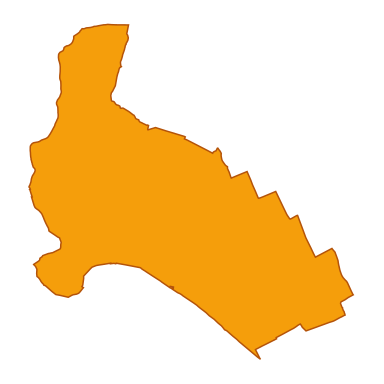 outline of Muntenii De Sus, Vaslui, Romania, rotated 181°
{"feature_id": "2599482B76397304697480", "entity_name": "Muntenii De Sus", "entity_type": "district", "adm_level": 2, "iso_a3": "ROU", "parent_name": "Romania", "parent_adm1": "Vaslui", "projection": "albers", "projection_center": [27.767, 46.691], "detail": "fine", "context": "isolated", "style": "filled", "palette": "amber", "viewbox_px": 384, "rotation_deg": 181, "n_neighbors": 0, "source": "geoboundaries", "source_scale": "gbopen_adm2", "svg_char_len": 5969}
<svg xmlns="http://www.w3.org/2000/svg" viewBox="0 0 384 384"><g transform="rotate(181 192 192)"><path d="M304.6,353.4L305.0,353.1L305.8,351.9L306.5,351.3L307.2,349.9L309.1,348.3L312.8,345.8L313.0,345.1L312.9,343.8L313.1,342.6L313.7,340.9L314.3,339.4L315.7,337.8L317.6,336.5L319.1,336.0L319.9,335.9L320.8,335.4L321.7,334.8L322.4,334.2L322.6,333.1L322.9,332.1L323.3,331.2L323.9,330.7L325.6,329.8L326.5,329.3L326.8,328.8L327.5,327.9L327.8,327.0L327.9,324.3L327.6,322.1L327.5,321.6L326.9,319.8L326.2,317.2L325.9,314.8L325.9,313.6L325.9,311.9L325.9,309.8L326.2,305.9L326.2,304.4L326.2,303.6L326.0,302.6L325.8,301.9L325.4,301.0L325.1,300.0L324.9,296.6L324.9,292.7L324.5,290.8L324.4,289.8L324.5,288.8L325.2,286.9L325.9,284.8L326.4,284.0L328.1,281.6L328.6,280.2L329.0,279.2L329.0,278.9L329.0,278.1L328.9,277.3L327.8,274.9L327.6,273.9L327.5,272.0L327.4,270.4L327.4,268.8L327.2,267.8L327.1,265.7L327.2,264.5L327.4,263.5L327.7,262.8L328.2,261.8L328.7,260.5L329.7,258.4L330.1,257.4L330.5,255.7L331.2,254.4L331.8,253.3L333.3,250.3L334.7,247.8L336.3,245.3L337.3,244.0L337.8,243.7L338.5,243.2L339.5,242.7L341.4,242.0L343.3,241.3L345.7,239.7L346.3,239.6L346.9,239.3L347.6,239.2L351.1,238.5L352.1,238.0L352.7,237.6L353.8,236.2L354.4,235.1L354.5,234.1L354.5,233.0L354.5,230.8L354.2,228.3L354.1,226.5L353.9,224.5L353.5,222.5L353.4,222.0L353.5,221.8L352.9,219.9L352.8,219.2L352.4,218.2L352.1,216.8L351.8,216.0L351.4,214.8L351.1,214.0L350.2,213.1L349.8,212.7L349.6,212.4L349.3,211.7L349.2,210.7L349.6,209.3L350.5,207.5L351.7,205.6L352.3,204.1L352.6,202.9L352.8,202.4L353.1,200.0L353.3,199.0L353.7,197.8L354.2,196.2L354.8,195.1L355.0,194.7L355.0,194.2L354.9,193.8L354.1,193.0L353.7,192.0L354.4,191.7L354.0,191.1L352.9,187.6L351.7,184.3L352.4,184.2L352.0,183.1L349.7,175.9L349.0,174.4L348.6,173.7L348.2,173.3L347.7,172.9L347.1,172.4L346.3,171.9L344.7,170.8L344.1,170.1L343.0,169.0L341.8,167.5L341.4,166.7L340.2,164.1L339.7,162.9L339.0,161.2L337.7,158.4L335.8,154.8L335.1,153.8L334.7,152.4L334.3,150.5L333.7,150.0L328.7,146.8L325.4,144.6L323.6,143.8L323.4,143.1L323.1,142.3L322.8,141.5L322.3,140.5L322.1,139.7L321.9,139.0L322.1,138.3L322.2,137.5L322.3,136.9L322.3,136.1L322.3,134.6L322.5,133.6L322.7,133.0L323.5,132.4L326.6,130.8L329.5,129.3L330.5,128.8L331.4,128.7L332.2,128.5L334.0,128.0L334.5,128.0L335.0,127.8L340.1,125.8L340.8,124.6L341.4,124.3L341.9,123.8L342.9,123.1L343.1,121.5L343.5,120.9L344.2,120.2L349.1,116.8L348.9,116.5L348.2,116.0L347.0,114.6L346.0,112.6L345.7,111.6L345.9,107.8L345.5,104.8L344.1,103.8L342.7,102.1L341.2,99.6L340.2,98.4L338.8,97.0L338.6,96.3L338.1,96.1L337.0,95.8L335.1,94.2L330.2,90.0L326.4,87.1L322.3,86.4L317.6,85.4L313.9,84.6L311.1,86.2L309.4,87.1L305.5,87.9L303.5,88.8L302.1,90.3L298.9,94.5L300.4,95.4L299.6,97.0L298.8,103.7L298.9,106.0L292.2,113.5L290.6,115.1L286.5,116.8L284.1,117.3L278.3,118.3L272.2,119.4L272.3,119.1L272.3,118.8L268.8,119.3L266.9,118.9L266.5,119.5L257.1,118.0L242.2,115.4L241.0,114.3L229.7,107.2L221.9,102.4L220.8,101.5L212.5,96.0L212.1,97.3L208.9,96.7L209.0,95.4L211.4,95.5L209.8,94.4L204.6,91.1L202.0,90.0L200.3,88.9L199.5,88.2L195.8,85.8L188.6,81.2L185.1,78.8L183.8,77.6L181.5,75.8L178.6,73.7L175.8,71.6L172.6,68.6L167.6,65.1L165.8,63.4L163.4,61.2L160.2,58.7L158.4,56.6L157.0,54.8L155.0,54.0L148.4,48.4L144.8,45.6L141.9,42.9L126.3,30.3L123.5,28.0L121.2,26.4L120.6,25.9L121.4,27.1L122.4,29.0L123.5,31.1L125.0,34.0L125.8,35.5L124.9,36.1L119.2,39.2L111.3,43.3L104.9,46.7L105.3,47.9L99.1,51.3L91.0,55.9L88.0,57.5L85.4,59.3L83.6,60.7L81.5,61.9L81.2,61.6L80.9,61.2L79.7,59.4L79.4,58.7L75.6,55.1L52.2,64.1L49.1,65.1L47.7,65.7L45.7,66.8L42.1,68.9L40.0,69.9L38.8,70.6L37.6,71.3L36.8,71.6L37.1,72.8L37.5,73.7L37.8,74.9L38.3,75.7L38.7,76.3L39.1,77.3L39.5,78.4L39.5,79.1L40.1,79.5L40.4,80.0L40.6,80.8L41.5,82.9L41.5,83.5L41.3,84.3L41.0,84.8L37.0,87.0L34.0,89.2L29.0,92.0L29.5,92.7L31.2,96.0L34.9,103.8L35.9,105.4L36.9,106.3L37.7,107.1L39.5,109.1L40.8,111.2L41.6,113.1L42.8,116.5L43.6,119.9L44.0,121.3L44.5,123.8L44.8,125.9L45.7,128.4L46.8,131.3L47.5,133.0L47.9,134.2L48.5,135.0L49.1,135.6L50.5,137.2L51.1,138.0L67.5,129.0L69.4,132.5L72.3,138.4L76.4,146.3L77.5,148.5L80.7,156.8L84.3,166.0L86.0,170.4L86.3,170.5L87.7,169.8L91.9,167.3L93.3,166.7L94.0,167.0L94.7,168.1L95.8,169.6L96.9,171.3L100.7,178.8L103.3,184.0L106.6,190.6L108.3,194.0L121.3,188.3L123.8,187.3L125.3,186.9L125.7,187.2L128.7,194.0L131.6,200.2L133.5,205.0L137.3,213.4L145.2,210.0L153.0,206.6L153.2,206.9L155.3,212.7L156.9,216.0L157.0,218.0L157.7,218.3L159.1,219.4L160.9,221.8L161.9,223.2L162.6,224.5L163.0,226.1L163.5,228.7L163.5,230.3L163.4,230.8L163.7,231.7L164.7,233.4L165.7,234.6L166.9,236.3L167.3,236.3L167.5,236.1L168.7,233.6L169.3,233.4L170.6,232.8L171.6,232.0L172.0,231.1L177.3,233.8L197.8,243.9L200.5,245.0L199.7,247.0L200.8,247.5L219.2,252.7L229.6,255.8L237.1,253.4L237.4,253.9L236.6,257.7L237.6,258.2L238.2,257.9L242.9,260.0L243.4,260.4L244.2,260.6L245.6,261.3L246.5,262.7L246.6,263.3L247.7,263.6L249.2,264.2L249.7,264.7L250.1,265.7L251.3,267.7L252.2,268.1L255.8,270.8L257.0,271.6L259.1,272.8L262.2,274.6L263.5,274.7L263.9,274.5L264.6,274.4L265.3,274.9L265.3,275.5L265.6,276.5L266.5,277.1L267.7,277.6L268.5,277.7L269.6,278.3L270.4,279.4L271.3,280.7L272.2,281.2L272.7,281.3L273.4,281.3L274.2,282.1L274.9,287.0L274.3,289.9L273.3,291.1L270.5,296.9L269.1,305.8L268.3,309.1L267.6,311.0L267.1,313.5L266.4,315.1L264.8,316.1L265.5,316.9L265.4,317.6L265.6,318.2L265.8,320.3L265.6,321.5L265.2,322.4L264.8,323.4L264.0,326.4L263.7,328.1L263.2,329.6L262.6,331.4L261.9,333.7L261.8,334.5L261.6,335.3L261.4,335.8L261.4,336.5L261.1,337.5L260.8,338.1L260.5,338.4L260.5,339.0L260.3,339.7L259.8,340.4L259.4,341.4L258.9,342.2L258.5,344.1L258.4,345.1L259.1,347.7L259.7,348.4L260.0,349.3L259.6,351.1L258.4,357.9L264.4,357.9L270.9,357.8L275.5,357.9L279.1,358.1L281.5,357.7L283.3,357.6L287.9,356.7L290.9,356.0L292.8,355.9L294.1,355.3L296.5,354.7L298.1,354.5L300.1,354.3L301.0,354.1L302.0,353.6L303.2,353.3L304.1,353.3L304.6,353.4Z" fill="#f59e0b" stroke="#b45309" stroke-width="1.5"/></g></svg>